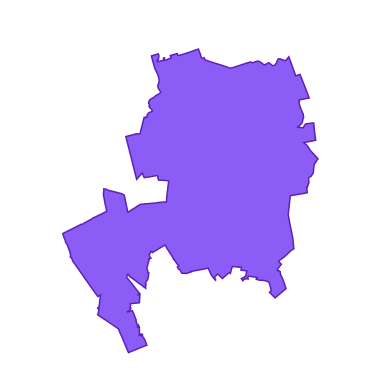 outline of Deleni, Constanta, Romania, rotated 347°
{"feature_id": "2599482B62281823725269", "entity_name": "Deleni", "entity_type": "district", "adm_level": 2, "iso_a3": "ROU", "parent_name": "Romania", "parent_adm1": "Constanta", "projection": "natural_earth1", "projection_center": [28.022, 44.057], "detail": "fine", "context": "isolated", "style": "filled", "palette": "violet", "viewbox_px": 384, "rotation_deg": 347, "n_neighbors": 0, "source": "geoboundaries", "source_scale": "gbopen_adm2", "svg_char_len": 5928}
<svg xmlns="http://www.w3.org/2000/svg" viewBox="0 0 384 384"><g transform="rotate(347 192 192)"><path d="M60.4,233.1L60.6,233.3L62.3,237.4L68.0,251.4L67.9,251.4L76.7,272.7L79.7,271.8L79.0,273.3L75.6,283.3L75.3,283.2L74.7,283.3L74.1,283.6L73.9,283.9L74.9,285.0L74.5,285.6L74.6,285.9L74.0,287.9L73.6,288.8L73.3,289.0L72.4,290.4L78.3,296.7L79.0,297.3L89.5,308.7L90.3,313.5L91.5,319.6L92.6,326.6L94.0,334.2L106.7,332.1L113.6,331.1L112.8,325.9L112.2,323.2L110.6,320.7L110.8,320.5L111.7,320.3L111.6,319.7L111.3,319.1L111.1,319.0L109.8,319.2L108.9,320.1L108.4,319.7L109.0,318.9L109.2,316.8L109.8,314.8L109.7,312.8L110.3,312.4L110.2,311.3L108.6,311.5L108.5,311.2L109.3,310.8L109.6,310.5L110.0,310.4L109.8,309.3L109.1,309.5L108.8,308.9L108.7,308.4L108.7,307.7L108.5,306.4L108.5,304.4L108.8,304.2L108.1,299.3L107.8,296.8L107.2,294.2L106.8,294.0L105.6,294.4L104.5,294.4L102.3,294.5L102.1,294.0L104.7,293.2L106.4,291.5L105.6,290.5L106.5,288.9L106.8,287.0L115.8,288.1L118.3,279.9L116.3,280.1L116.3,279.9L118.1,279.2L113.9,270.3L112.8,267.7L109.1,260.4L110.0,258.8L111.1,257.6L111.8,259.1L112.0,259.9L112.3,260.5L114.5,262.8L115.9,264.5L117.3,266.0L117.9,266.8L118.9,267.9L119.7,269.0L121.8,271.2L122.8,272.6L125.2,275.4L125.8,272.5L126.4,271.9L126.1,271.6L126.1,271.3L126.1,271.0L126.5,270.6L126.5,270.0L126.6,269.7L128.9,267.5L129.4,266.9L129.9,266.0L130.3,264.7L130.9,263.4L131.1,262.6L131.7,261.1L131.2,261.0L130.9,260.8L130.7,260.5L131.2,259.2L130.9,257.3L131.0,255.0L131.9,254.5L132.2,253.6L134.3,249.7L134.9,248.8L135.0,248.5L135.0,248.3L134.6,248.0L134.7,247.5L136.0,247.4L136.2,247.2L137.0,247.3L136.8,246.6L136.5,246.1L136.3,245.6L136.3,244.8L136.5,243.8L136.3,243.3L136.1,243.0L137.2,242.4L138.3,241.4L138.5,240.8L139.2,240.7L139.9,242.1L153.6,237.6L154.6,239.7L154.8,240.5L154.8,241.0L158.4,250.9L158.6,251.9L159.1,253.0L158.8,253.2L158.9,253.6L159.2,253.7L159.9,254.8L160.8,257.7L162.5,261.0L161.0,261.5L161.1,262.7L161.3,263.5L161.5,264.0L162.0,264.6L162.7,265.1L162.9,265.5L163.8,268.8L168.3,270.1L173.3,269.7L173.1,269.2L190.7,269.9L191.6,274.7L191.8,276.1L193.0,279.4L193.7,281.0L195.1,283.2L195.3,282.7L195.0,281.7L194.7,280.9L194.7,280.6L195.4,279.8L196.1,279.2L198.6,277.7L202.2,283.2L204.9,281.6L207.1,280.5L210.1,278.9L211.1,279.9L214.4,273.7L223.3,276.5L222.1,279.1L227.6,281.2L225.4,286.1L220.6,287.6L221.5,289.9L223.2,288.8L226.5,288.7L226.7,289.3L227.2,289.4L227.0,288.2L228.1,286.7L236.3,289.9L235.0,291.2L234.9,291.5L238.7,293.5L239.8,293.5L243.8,295.1L246.7,297.1L247.0,302.5L247.0,306.1L244.9,307.1L249.1,313.9L261.9,307.3L261.2,300.1L260.7,296.6L259.7,292.0L259.7,291.5L259.9,290.7L260.0,289.3L259.0,288.1L258.0,288.2L257.8,287.4L257.5,287.3L257.8,286.8L258.6,286.0L262.4,282.7L262.8,282.5L260.8,279.2L261.4,278.7L264.0,277.3L265.9,276.6L267.3,276.0L270.5,274.2L273.7,272.2L275.7,271.2L278.6,270.2L278.6,269.1L279.8,260.3L280.3,242.7L280.6,235.8L286.8,218.1L287.0,217.9L287.5,217.8L303.9,218.7L304.1,218.5L304.3,217.9L304.7,213.6L305.1,213.6L305.5,213.4L305.7,212.8L306.4,211.9L306.5,211.5L308.1,209.1L308.5,205.3L309.0,204.5L309.3,204.1L309.7,203.9L310.9,203.8L311.4,203.6L314.4,200.8L314.7,200.0L315.8,196.7L317.1,193.1L317.4,192.5L318.6,191.5L321.4,188.7L322.1,188.4L322.0,187.5L316.7,178.3L314.9,173.2L312.2,169.0L324.2,169.4L325.0,160.6L326.1,152.1L325.0,152.0L324.2,151.8L318.9,151.3L317.9,151.3L317.0,152.0L314.9,154.2L314.6,154.4L312.9,153.9L309.5,152.5L309.7,152.2L310.9,152.0L311.3,151.8L314.1,150.0L315.1,149.1L316.3,146.4L317.3,144.7L317.6,144.4L317.7,141.9L317.9,140.8L317.3,138.6L316.6,133.5L316.3,129.2L316.5,128.8L316.9,128.4L316.8,126.5L323.5,126.6L327.3,126.8L326.5,120.8L326.4,120.5L326.0,120.2L326.3,119.8L326.3,119.0L323.7,101.7L319.2,102.1L316.8,82.0L313.8,84.4L313.3,84.8L312.7,84.9L312.1,84.8L309.7,83.4L308.0,82.2L307.5,81.9L307.1,81.8L305.9,81.9L305.3,82.3L303.0,85.6L300.9,87.1L300.2,87.3L299.3,87.1L298.9,86.9L298.2,86.1L296.7,84.2L296.2,83.7L295.6,83.3L291.8,84.4L291.0,84.4L290.6,84.1L288.9,81.9L286.5,79.6L285.1,79.2L279.7,79.7L278.8,78.8L278.0,78.4L258.2,80.1L257.8,80.2L253.6,77.8L250.9,76.0L241.0,70.3L234.1,66.0L234.2,64.7L234.1,63.9L232.2,64.2L231.8,64.0L231.5,63.7L231.1,59.5L231.1,58.6L230.9,57.9L230.6,56.5L230.5,54.1L219.1,55.4L211.2,56.0L209.5,55.9L209.1,55.7L208.8,55.4L208.8,55.0L208.8,53.9L208.7,53.8L201.5,54.1L201.6,55.0L202.2,56.7L198.4,57.1L197.9,57.3L196.8,57.5L194.5,57.5L195.5,55.1L194.5,55.0L193.8,57.2L187.6,57.4L187.8,55.7L188.7,55.6L189.2,55.4L189.7,53.3L190.3,52.6L190.4,50.9L190.3,49.8L183.0,50.3L183.5,62.8L185.1,70.2L185.2,72.2L185.3,74.8L185.2,75.6L184.1,78.4L182.9,79.8L182.4,82.2L182.5,83.4L183.7,86.8L183.8,88.0L183.1,88.5L181.4,89.1L177.6,90.3L176.3,91.2L174.0,91.8L172.7,92.2L171.7,92.7L171.0,93.3L170.0,94.6L169.8,95.2L169.8,95.8L169.9,96.3L170.1,97.0L170.4,97.7L170.5,98.0L170.3,98.2L169.4,98.7L169.3,99.0L169.5,99.6L171.0,102.2L171.6,104.1L171.4,104.4L171.2,104.6L170.6,104.7L169.0,104.8L167.8,105.1L167.2,105.4L165.8,106.7L165.5,107.1L165.2,108.2L164.8,108.6L164.2,108.7L164.2,108.9L164.4,109.0L163.9,109.3L163.3,108.7L162.2,108.4L154.3,123.7L153.8,123.7L151.9,123.0L149.8,122.8L147.3,123.0L140.0,123.1L140.4,140.6L140.4,140.9L140.9,167.2L147.8,162.3L147.9,162.5L148.2,165.1L148.7,167.3L157.1,167.9L158.3,167.9L161.7,168.1L162.5,169.3L161.8,170.2L162.2,173.0L165.6,173.8L171.8,175.8L166.3,191.0L164.9,195.9L158.2,194.8L154.8,194.6L138.9,192.4L134.2,194.0L133.2,194.5L131.3,195.0L125.0,197.3L124.9,197.2L125.3,179.8L122.9,177.7L110.7,171.4L109.8,170.8L108.6,169.6L107.5,169.6L106.8,169.1L106.4,170.9L106.0,171.6L105.1,174.7L104.7,183.2L104.6,191.6L99.6,192.9L90.0,195.0L88.2,195.7L79.7,198.1L78.2,198.7L77.5,198.8L76.9,198.5L76.6,198.5L75.9,198.7L74.6,199.2L73.1,199.4L72.7,199.6L64.9,201.4L56.7,203.4L57.2,208.4L57.6,210.1L57.5,212.2L57.8,213.5L58.5,215.1L59.5,222.9L59.6,225.5L59.4,226.0L59.3,226.5L59.4,227.3L58.9,227.7L58.8,228.0L58.9,228.4L59.8,229.0L59.9,229.5L60.4,233.1Z" fill="#8b5cf6" stroke="#5b21b6" stroke-width="1.5"/></g></svg>